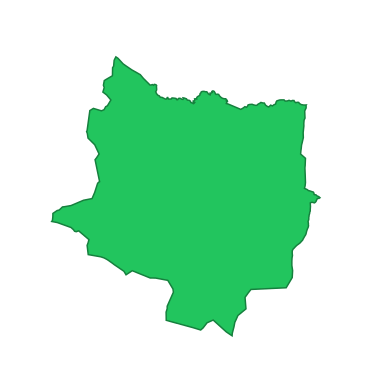 Warji, Bauchi, Nigeria, rotated 25°
{"feature_id": "59680162B82946706311025", "entity_name": "Warji", "entity_type": "district", "adm_level": 2, "iso_a3": "NGA", "parent_name": "Nigeria", "parent_adm1": "Bauchi", "projection": "mercator", "projection_center": [9.757, 11.144], "detail": "fine", "context": "isolated", "style": "filled", "palette": "green", "viewbox_px": 384, "rotation_deg": 25, "n_neighbors": 0, "source": "geoboundaries", "source_scale": "gbopen_adm2", "svg_char_len": 4092}
<svg xmlns="http://www.w3.org/2000/svg" viewBox="0 0 384 384"><g transform="rotate(25 192 192)"><path d="M65.9,101.7L65.8,103.6L65.8,105.6L67.0,108.9L67.8,111.1L67.5,112.9L70.6,119.9L70.6,120.5L67.8,124.5L65.4,128.0L66.6,132.7L68.3,134.4L69.0,139.1L73.6,140.1L79.6,142.9L78.9,149.6L77.7,151.2L77.5,154.6L75.6,156.7L67.3,157.9L65.0,161.4L71.0,180.8L70.9,181.7L72.4,183.2L75.0,187.1L83.9,190.3L91.7,196.8L91.0,201.6L90.5,203.7L103.9,221.7L103.3,222.5L102.8,224.0L104.0,233.6L104.0,233.9L104.2,240.2L97.2,245.3L88.1,255.4L82.8,259.1L80.9,260.3L80.1,262.4L79.3,264.4L77.6,265.8L75.0,270.2L76.4,273.4L77.5,276.7L77.3,278.0L82.9,276.6L97.5,275.3L99.2,275.9L100.2,276.1L102.2,277.2L103.9,276.9L105.7,275.1L118.7,278.7L119.3,282.0L119.5,284.7L124.4,292.6L136.7,289.3L140.2,288.9L143.9,289.1L150.0,290.2L152.2,290.7L163.8,292.6L167.2,294.9L171.1,288.6L190.4,287.6L195.3,285.4L207.4,282.3L215.7,287.9L217.5,290.7L217.8,306.0L218.8,308.2L219.3,311.8L221.3,315.9L222.9,319.2L250.3,314.5L258.2,313.4L259.5,310.5L260.9,304.2L265.3,299.1L282.2,304.3L289.1,305.4L288.2,302.9L287.0,296.4L285.9,292.1L285.9,288.8L285.8,284.5L290.3,275.1L284.6,265.1L285.6,259.7L285.8,258.9L286.6,255.4L317.8,239.0L319.0,227.2L316.4,220.7L313.5,216.3L311.6,212.2L310.5,209.4L309.9,207.1L308.8,205.3L308.4,204.5L307.7,202.8L307.8,200.9L308.2,199.9L308.8,198.0L309.5,196.1L310.6,194.1L311.5,192.4L312.0,190.7L312.6,188.9L312.6,187.8L312.8,184.9L313.1,182.5L312.9,181.1L312.5,179.3L312.2,176.9L312.2,175.0L311.9,173.4L311.1,172.1L310.8,171.3L309.7,169.8L309.5,168.1L309.4,167.4L308.6,165.7L308.3,164.5L307.9,163.4L307.7,161.8L307.3,160.6L307.2,159.2L306.6,158.0L306.1,156.7L305.5,155.1L304.8,153.8L304.2,152.7L303.8,151.9L304.3,151.3L305.1,150.6L306.4,150.3L307.4,150.2L307.9,149.6L308.4,148.2L308.3,147.4L308.4,146.0L308.3,145.1L308.8,144.6L309.7,144.2L310.4,143.1L308.8,142.6L307.0,142.7L305.6,142.2L303.8,142.7L303.2,141.8L302.6,141.2L302.1,140.8L300.5,141.0L298.4,141.2L296.9,141.5L295.1,141.1L292.4,141.2L291.9,138.6L291.3,136.8L290.8,135.4L287.5,128.9L286.4,126.8L284.2,122.5L283.6,120.9L283.5,120.5L280.6,113.5L274.4,111.7L273.3,108.7L272.5,106.1L271.5,103.3L271.3,102.4L271.0,100.7L269.9,95.6L267.7,91.3L265.5,84.9L264.4,82.7L263.2,79.5L263.2,78.2L263.2,77.3L262.1,75.2L259.9,70.9L259.9,67.6L259.3,66.3L258.8,65.5L258.8,64.8L256.7,65.9L254.1,66.6L252.1,66.4L250.8,65.7L249.3,66.3L248.4,67.2L246.7,66.8L245.8,66.0L244.3,66.6L243.3,67.8L241.2,67.9L239.9,69.2L238.8,69.8L237.9,70.2L236.5,69.6L234.1,70.7L232.5,71.6L230.4,73.5L230.2,74.9L230.6,77.0L229.5,78.1L228.5,80.0L226.6,80.0L225.6,82.5L224.1,82.6L221.9,82.2L220.0,80.8L218.5,81.4L216.6,81.7L216.1,82.6L214.6,84.7L214.2,85.9L213.3,86.5L211.0,87.0L209.4,87.1L207.1,88.4L206.0,89.4L206.1,90.4L205.6,92.2L203.9,92.3L202.9,94.2L201.3,96.5L190.1,96.9L187.4,97.0L185.7,97.3L185.7,96.1L184.8,95.1L185.7,94.8L185.0,94.0L184.2,93.9L183.2,93.2L181.9,93.8L180.2,94.2L178.4,94.0L176.4,93.3L174.9,92.3L173.4,92.7L172.6,93.4L171.8,93.2L171.0,92.4L169.7,91.5L168.9,91.4L168.0,91.7L167.5,92.5L168.3,93.2L167.7,94.0L166.6,94.8L167.3,95.5L167.4,96.3L166.4,96.3L165.2,96.1L164.3,95.5L163.0,94.9L162.2,95.4L160.7,95.6L159.5,96.1L158.6,96.7L158.0,97.6L158.2,98.3L157.8,99.1L157.8,99.9L158.2,100.6L157.8,101.6L157.4,102.4L156.8,103.1L156.5,103.8L156.5,105.1L156.9,105.7L155.9,106.0L155.0,106.5L155.7,107.5L155.3,108.5L154.6,109.1L155.2,109.9L156.6,109.7L156.4,110.8L155.9,111.4L154.6,111.2L153.1,111.4L152.2,110.4L150.6,110.1L149.0,110.7L147.6,109.9L145.3,110.1L144.2,110.4L144.8,110.9L144.7,111.9L143.5,112.3L142.2,112.0L140.6,112.5L140.0,113.5L140.0,114.4L139.1,114.8L138.1,114.0L137.0,114.2L135.5,114.7L134.1,115.2L133.9,116.4L132.7,117.1L131.3,117.7L130.1,116.6L129.6,116.9L129.8,117.9L129.1,118.9L127.8,119.0L124.9,118.9L123.2,119.5L121.8,118.7L120.1,118.7L118.4,117.9L116.7,116.5L116.9,115.2L116.6,113.9L115.8,112.5L115.1,111.2L114.9,110.4L113.9,110.0L112.3,110.4L112.1,111.5L110.6,111.4L110.0,112.1L108.8,112.8L100.0,109.6L95.5,107.5L94.1,107.4L86.5,106.8L86.2,106.8L79.4,105.7L75.5,105.0L74.7,104.7L68.4,102.1L65.9,101.7Z" fill="#22c55e" stroke="#15803d" stroke-width="1.5"/></g></svg>